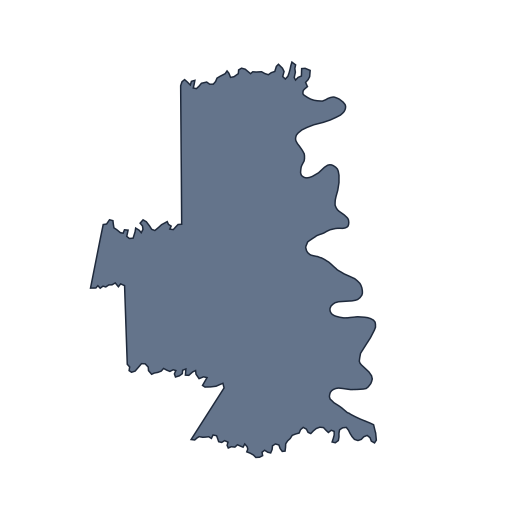 25 de Mayo, Misiones, Argentina, rotated 282°
{"feature_id": "61730980B2649832708573", "entity_name": "25 de Mayo", "entity_type": "district", "adm_level": 2, "iso_a3": "ARG", "parent_name": "Argentina", "parent_adm1": "Misiones", "projection": "albers", "projection_center": [-54.618, -27.386], "detail": "fine", "context": "isolated", "style": "filled", "palette": "slate", "viewbox_px": 512, "rotation_deg": 282, "n_neighbors": 0, "source": "geoboundaries", "source_scale": "gbopen_adm2", "svg_char_len": 5753}
<svg xmlns="http://www.w3.org/2000/svg" viewBox="0 0 512 512"><g transform="rotate(282 256 256)"><path d="M316.7,166.8L271.6,176.7L270.6,173.2L267.7,171.4L264.6,169.6L264.4,166.1L267.6,166.8L268.7,163.8L271.2,162.0L269.1,159.6L267.0,157.1L264.0,155.0L259.9,151.8L260.4,148.4L263.1,145.8L266.7,141.6L267.9,138.0L264.0,135.8L261.8,138.7L258.5,139.9L254.9,138.9L256.9,136.4L258.3,132.5L254.6,132.7L247.9,132.1L246.8,128.5L248.3,125.5L251.8,125.5L254.7,125.5L254.3,121.9L250.7,121.3L250.6,118.5L252.8,114.3L254.0,111.2L257.3,109.9L260.8,108.7L261.0,105.2L256.2,103.2L255.0,100.0L240.8,100.1L190.2,100.8L191.4,106.0L194.1,107.5L192.1,110.3L194.7,112.6L194.5,115.5L197.1,118.0L197.9,121.2L200.4,123.9L197.3,127.8L200.6,129.4L199.7,133.6L148.6,146.3L123.3,152.6L121.2,155.5L117.5,155.7L116.4,158.4L118.3,161.7L122.3,163.9L126.9,166.4L127.5,170.0L124.9,173.7L121.5,174.7L118.6,178.5L120.4,180.9L121.7,184.1L123.7,187.2L126.8,189.0L125.8,192.4L125.2,195.8L127.5,198.6L127.3,201.4L123.7,200.7L120.9,202.4L122.9,206.0L125.6,208.4L129.0,208.0L130.9,210.9L124.8,211.7L125.3,215.1L129.4,218.1L131.4,220.7L127.9,221.9L124.2,225.8L126.9,229.8L126.9,233.4L123.5,232.3L118.3,230.6L117.2,233.3L118.5,238.7L120.3,244.0L122.5,247.0L124.6,250.1L120.3,252.2L63.0,230.7L63.3,234.3L65.7,236.1L67.5,237.9L67.6,241.6L68.4,244.4L69.4,247.3L68.3,250.3L72.0,251.2L72.0,254.8L69.3,256.5L66.6,258.1L66.5,261.2L68.9,263.7L68.1,267.3L64.8,267.1L62.4,268.8L64.3,271.4L64.7,275.1L67.5,277.1L66.8,280.3L66.3,283.1L69.8,284.1L67.7,286.9L65.5,288.1L62.5,287.7L61.9,291.4L60.8,294.9L58.9,297.7L59.9,301.3L62.1,304.0L65.3,302.7L67.8,304.8L66.5,308.3L66.4,311.3L70.1,312.0L73.8,311.6L76.2,314.1L75.9,317.7L72.7,319.6L70.3,322.3L71.2,325.0L74.8,324.7L78.5,324.1L81.8,325.4L84.6,327.4L88.1,328.7L90.1,331.7L91.8,335.0L95.4,335.7L98.2,337.8L97.1,341.3L94.3,343.6L93.7,346.5L96.9,348.5L99.8,350.8L101.8,354.0L102.2,357.7L100.1,360.7L98.4,363.5L101.2,365.8L100.7,368.9L97.2,369.7L93.4,369.5L89.9,369.1L89.8,372.4L92.6,374.9L96.2,374.8L99.8,374.0L103.4,373.9L106.0,376.5L107.1,380.0L104.8,382.7L102.0,384.9L99.3,387.5L97.1,390.4L96.7,394.1L98.5,397.1L101.6,399.0L103.6,402.0L102.0,405.3L98.9,407.3L97.8,410.8L100.9,412.0L104.4,410.9L107.9,409.8L108.5,409.4L115.4,406.1L116.3,402.4L118.1,392.2L119.4,386.6L120.7,381.9L121.0,381.0L121.5,379.9L121.8,377.9L122.3,376.9L125.3,371.4L126.6,368.4L128.7,362.7L130.4,360.1L131.4,358.3L133.5,357.1L135.1,356.9L136.6,356.9L138.1,357.1L140.0,358.0L141.6,359.5L143.0,361.6L144.0,364.1L144.4,367.9L145.0,376.4L146.5,382.7L148.2,388.7L149.3,391.3L151.2,392.9L153.2,393.9L155.1,394.8L157.5,395.2L159.9,395.3L162.9,393.9L166.1,390.5L169.5,384.9L171.4,381.7L172.8,380.0L174.6,378.9L178.3,378.6L182.6,378.5L192.6,382.2L199.7,384.9L208.1,387.2L211.2,387.7L214.2,387.0L216.1,386.2L217.7,384.2L218.6,381.1L218.9,378.0L218.7,375.0L217.7,368.1L217.2,366.4L216.7,365.0L216.2,363.4L215.7,361.7L215.1,359.9L214.6,358.6L214.4,357.7L213.7,354.7L213.5,350.6L213.7,346.6L214.0,344.8L214.8,342.6L215.7,341.4L217.1,340.2L218.7,339.5L220.2,339.3L222.7,339.8L224.9,341.3L226.7,343.0L228.4,346.2L231.3,356.4L232.0,359.1L233.4,362.5L234.6,364.5L236.9,366.4L239.8,367.7L241.8,367.8L244.0,367.3L246.8,366.2L249.2,364.7L250.8,363.3L252.7,360.4L254.3,357.4L255.6,351.7L256.8,346.0L259.1,339.1L259.5,338.1L260.4,336.8L261.3,335.1L262.9,332.4L263.4,331.6L265.1,328.5L265.2,328.3L265.9,326.2L266.7,324.2L266.8,323.9L267.2,322.5L267.8,320.3L267.8,319.1L268.3,316.3L268.2,315.3L268.2,313.8L268.2,312.2L268.3,309.7L268.7,308.2L269.6,306.7L270.0,305.9L271.6,304.4L272.1,304.1L273.6,303.4L274.3,302.9L276.1,302.8L278.1,303.2L280.5,303.6L282.2,305.1L284.8,307.6L287.4,310.2L288.4,311.0L290.4,314.0L291.1,315.3L292.6,317.6L293.6,318.7L294.7,319.9L296.4,322.1L296.8,322.6L297.0,322.9L298.3,325.6L299.4,328.0L300.1,330.2L300.6,332.5L301.0,334.9L301.9,337.2L303.1,338.9L304.4,339.8L306.1,340.0L308.1,339.8L310.4,339.0L311.7,338.1L312.5,337.1L314.5,333.8L317.0,328.0L318.1,326.1L319.8,324.4L322.1,322.8L324.4,322.3L327.2,321.9L330.8,321.9L337.2,322.3L345.1,321.9L352.2,320.4L356.1,318.8L358.0,317.5L359.4,315.5L360.4,313.0L360.7,311.7L360.8,310.4L360.5,308.9L359.7,307.2L357.0,304.5L350.4,299.9L345.5,294.5L343.9,291.9L343.0,289.6L342.8,287.9L343.0,286.5L343.5,285.1L344.2,283.8L345.3,283.0L346.7,282.3L348.5,282.0L350.5,281.8L352.6,281.7L354.4,282.0L356.9,282.7L359.0,283.3L361.3,283.2L364.1,282.6L366.0,281.9L368.9,279.4L372.4,275.7L374.3,273.4L376.2,271.7L377.3,270.9L378.6,270.4L379.8,270.2L381.0,270.2L382.1,270.3L382.9,270.5L385.2,271.7L388.9,274.7L392.4,279.2L396.4,285.3L400.7,294.0L404.5,300.4L408.6,305.9L411.4,309.3L413.8,311.1L415.5,312.1L417.6,312.7L419.4,312.8L421.1,312.5L422.6,311.7L424.6,309.3L426.7,305.0L427.2,303.0L427.6,300.5L427.7,299.1L427.3,297.8L426.5,295.9L425.0,293.5L423.7,292.1L423.4,291.8L421.3,288.7L421.1,287.4L420.6,283.7L420.4,280.4L420.8,276.9L421.7,273.7L423.2,269.8L423.9,268.6L424.9,268.0L425.8,267.9L426.9,267.8L427.9,267.9L429.3,268.7L432.4,271.1L432.5,271.0L436.1,268.4L439.3,270.3L442.6,271.2L448.8,270.4L449.8,265.0L448.8,261.7L441.5,263.0L439.4,260.0L436.3,258.1L438.5,256.3L444.0,256.3L447.5,255.0L451.2,255.0L453.1,250.8L449.5,250.5L445.8,250.5L442.1,250.3L438.4,249.8L435.2,247.9L437.1,244.8L442.3,245.1L445.2,242.8L448.2,238.1L445.7,236.5L440.4,236.0L438.5,232.8L435.9,230.4L436.3,226.7L437.4,223.1L436.0,218.0L435.5,214.5L433.2,212.8L434.8,209.7L436.5,206.6L436.7,202.8L434.4,200.3L430.7,200.8L426.8,197.2L425.4,194.0L429.2,191.4L431.0,189.2L427.9,187.9L424.4,183.6L421.9,180.9L418.3,180.2L415.2,178.5L414.4,175.0L415.9,171.6L413.6,166.7L410.3,165.0L407.3,162.9L407.3,159.7L411.0,159.8L415.1,159.7L413.4,156.5L409.6,156.2L412.1,152.3L413.7,149.5L411.1,147.4L406.9,146.9L342.0,161.2L316.7,166.8Z" fill="#64748b" stroke="#1e293b" stroke-width="1.5"/></g></svg>